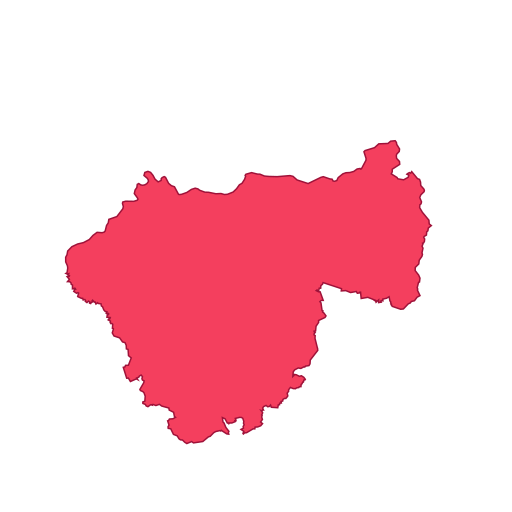 outline of Hostotipaquillo, Jalisco, Mexico, rotated 321°
{"feature_id": "50627088B68006893150413", "entity_name": "Hostotipaquillo", "entity_type": "district", "adm_level": 2, "iso_a3": "MEX", "parent_name": "Mexico", "parent_adm1": "Jalisco", "projection": "albers", "projection_center": [-104.082, 21.071], "detail": "fine", "context": "isolated", "style": "filled", "palette": "rose", "viewbox_px": 512, "rotation_deg": 321, "n_neighbors": 0, "source": "geoboundaries", "source_scale": "gbopen_adm2", "svg_char_len": 6062}
<svg xmlns="http://www.w3.org/2000/svg" viewBox="0 0 512 512"><g transform="rotate(321 256 256)"><path d="M235.2,137.9L234.6,136.5L232.4,136.0L231.1,136.2L229.8,137.6L226.6,136.8L225.9,132.7L226.7,128.5L226.7,124.7L225.3,122.2L222.2,121.1L219.6,122.9L220.4,127.2L220.2,128.9L219.3,130.4L216.7,131.1L214.3,130.7L212.4,129.7L211.2,128.2L210.5,125.9L208.8,125.6L206.5,127.8L203.6,128.6L200.7,130.9L200.4,136.4L200.0,137.6L198.7,137.9L195.4,136.6L189.2,131.4L186.4,130.2L185.3,131.1L184.0,134.1L182.2,135.5L172.7,137.8L164.7,134.9L162.0,137.3L159.1,138.2L154.6,141.6L153.2,141.9L151.1,141.1L147.4,137.6L142.3,137.4L136.8,138.3L130.3,137.0L124.9,134.4L118.8,132.9L112.8,133.6L109.9,136.1L107.3,137.2L104.4,140.8L103.3,144.9L102.1,146.9L98.6,150.1L97.3,149.9L97.9,151.1L99.2,151.8L97.9,152.2L98.7,153.8L98.2,154.2L96.2,153.2L96.3,156.7L93.4,157.3L95.1,158.8L95.3,160.7L94.6,161.6L95.1,163.1L92.7,166.0L95.0,167.0L95.1,167.6L94.9,168.3L93.7,167.5L93.5,168.3L92.1,168.8L93.1,172.0L94.6,172.4L94.8,173.2L91.9,175.3L93.7,179.1L94.7,179.9L94.0,181.4L95.6,182.1L95.6,183.3L94.8,183.8L95.3,185.8L97.5,185.7L97.9,187.2L97.0,187.9L97.6,188.9L99.0,188.4L100.1,188.9L100.6,187.6L101.2,187.5L101.5,190.3L102.0,190.5L101.4,192.6L103.5,192.6L103.5,193.6L105.5,195.7L104.4,197.4L104.8,198.9L103.8,202.1L103.9,204.1L105.0,205.5L103.5,206.2L103.7,207.1L104.8,207.2L105.2,208.0L104.6,208.6L102.9,208.6L101.6,209.8L104.0,212.1L102.9,212.8L101.8,212.3L100.9,212.6L101.9,215.0L100.8,215.9L100.7,217.3L101.5,217.6L101.7,218.9L98.9,221.8L99.5,222.6L99.0,223.2L95.9,225.3L95.3,228.8L98.5,233.8L98.2,238.8L99.7,240.9L98.9,243.8L96.8,246.6L97.8,248.1L94.2,253.2L94.9,256.7L88.1,260.6L85.8,258.9L84.3,259.7L82.8,259.0L78.6,269.6L80.0,270.6L79.4,274.5L85.7,276.2L86.3,277.6L86.5,275.7L88.7,276.4L89.6,275.9L91.8,276.2L91.8,278.3L90.1,279.6L89.7,281.0L90.5,282.5L89.1,283.8L81.8,286.6L81.5,287.8L82.7,290.1L82.9,291.7L81.7,295.2L78.2,298.9L76.2,298.2L75.3,299.4L76.6,301.7L76.3,303.4L77.2,305.1L80.6,305.3L81.5,306.6L81.7,306.1L82.6,306.6L84.1,309.2L87.6,310.5L88.3,313.3L92.6,319.3L91.6,321.1L93.6,325.6L91.6,329.4L91.9,330.7L89.0,330.2L86.1,328.2L84.6,328.8L83.6,328.5L82.0,332.6L80.1,333.4L79.3,334.7L81.0,336.6L79.6,342.7L81.6,346.2L81.1,349.6L81.6,351.3L83.1,352.8L83.4,355.8L84.2,358.2L89.2,359.7L89.8,361.9L97.9,366.7L105.3,366.6L106.9,367.3L112.0,366.7L114.3,367.1L118.1,369.0L118.5,369.8L119.3,369.6L121.3,375.8L122.7,377.3L123.3,375.9L124.6,375.2L124.7,370.2L126.1,365.6L125.9,364.2L128.2,360.4L129.5,363.0L128.6,367.8L129.7,368.6L129.5,369.2L130.2,369.0L132.2,370.6L135.5,371.6L135.9,370.8L136.5,371.5L137.1,371.1L137.7,369.2L141.7,371.1L143.0,372.2L143.6,373.8L142.4,376.9L141.0,378.1L140.6,379.7L138.7,380.4L137.9,381.9L135.2,381.3L136.2,384.6L134.2,385.7L134.2,386.4L135.8,386.3L137.5,387.4L145.0,388.5L146.3,389.6L147.6,388.4L149.7,389.9L152.8,390.9L155.6,390.4L155.1,387.9L158.1,387.1L159.1,384.7L160.6,383.6L160.4,383.0L162.5,382.1L162.7,379.4L163.2,380.3L164.2,379.7L164.9,380.4L165.5,378.3L167.2,377.8L169.8,378.5L170.2,380.5L171.6,381.3L173.5,381.0L172.7,383.2L177.4,387.6L179.7,385.7L180.7,386.4L181.7,385.3L183.2,386.2L183.9,384.8L185.5,385.5L186.7,384.4L188.6,384.7L189.5,385.5L192.1,385.0L192.7,384.7L193.9,382.2L196.2,381.7L197.1,380.5L200.0,379.8L201.5,382.5L203.2,384.0L204.5,384.0L206.5,385.2L207.4,384.8L208.7,385.8L210.3,384.2L211.2,384.3L213.0,383.4L213.5,383.8L215.2,382.5L216.1,383.1L216.7,382.9L216.8,380.3L215.9,377.6L214.0,376.8L212.6,373.7L211.1,372.0L210.4,372.7L208.8,372.8L212.0,369.5L214.3,368.8L218.4,369.6L220.1,371.6L223.5,372.3L224.0,373.0L225.1,372.7L228.2,374.5L230.1,373.8L232.7,371.0L244.6,368.2L245.6,366.7L245.0,366.3L245.6,366.6L250.1,357.0L251.9,355.1L251.5,354.0L251.9,353.2L253.9,352.6L253.5,351.8L253.8,351.0L255.2,351.7L258.4,348.4L262.9,347.0L264.0,345.5L270.9,347.2L272.7,346.6L272.9,343.0L272.5,341.5L273.5,340.8L273.0,340.0L277.0,333.3L276.9,331.7L278.8,331.6L280.3,332.8L283.3,324.2L282.1,323.2L281.0,320.8L282.1,320.8L282.7,322.6L284.9,320.8L286.0,321.7L287.8,319.8L289.9,319.8L291.4,318.9L301.9,335.2L300.3,336.8L304.0,339.4L306.5,343.9L311.6,346.7L311.3,348.7L313.3,349.9L313.7,349.4L314.5,349.9L311.0,355.2L316.9,358.5L320.8,365.4L320.2,365.2L320.6,366.4L320.2,367.5L323.7,367.3L322.0,369.4L324.3,370.7L324.6,369.6L325.3,369.4L326.4,370.7L327.4,369.3L330.9,371.0L333.8,371.4L331.8,375.2L331.8,376.6L331.0,377.3L331.0,378.6L330.4,378.7L330.2,380.9L334.9,388.4L337.2,389.9L344.3,389.0L346.3,389.6L348.1,389.1L351.0,390.5L355.2,389.4L358.5,390.0L360.0,384.0L360.9,383.5L361.3,382.1L365.7,378.8L366.7,379.1L369.5,376.4L370.4,373.2L370.5,367.5L372.6,365.1L377.5,364.6L380.2,362.0L384.7,360.7L386.4,359.5L386.9,358.1L390.7,355.0L391.2,352.9L393.2,351.8L393.5,350.9L394.4,351.3L396.0,350.7L397.8,348.9L398.0,347.2L398.9,346.6L401.6,347.0L403.9,344.6L405.4,344.6L407.5,342.7L411.4,342.7L410.8,340.1L412.9,337.0L412.8,326.7L413.6,321.4L415.6,319.3L417.1,319.3L418.7,318.1L420.0,313.6L422.6,312.2L427.1,311.8L428.2,310.9L428.6,309.5L428.4,304.9L430.4,302.1L431.3,299.4L430.2,297.5L430.1,288.4L428.3,289.0L427.7,287.7L425.4,287.3L424.7,287.4L425.7,289.3L423.8,290.6L418.7,289.7L414.8,285.3L415.0,283.7L412.8,277.3L414.9,276.3L416.5,274.3L425.4,275.2L427.0,272.8L426.7,268.6L428.2,266.3L429.4,265.4L433.1,264.9L434.9,263.2L435.6,257.8L436.6,256.1L436.7,254.0L432.9,251.5L429.4,251.6L422.0,246.1L416.3,246.4L407.1,242.7L405.5,242.9L402.9,249.5L401.7,250.8L392.8,254.6L392.0,254.3L392.0,253.5L389.3,252.0L385.2,251.8L381.5,250.2L378.3,247.9L375.2,246.8L369.2,246.8L366.3,248.2L364.1,247.4L363.1,246.2L363.5,244.2L362.0,242.7L358.2,236.7L355.9,235.7L342.1,232.5L335.8,222.8L334.9,217.4L333.0,214.9L322.3,207.6L316.1,202.3L312.9,199.2L310.5,194.8L308.7,193.3L305.0,188.4L299.6,186.1L298.3,186.5L298.1,187.5L295.4,189.2L290.9,190.7L287.9,190.2L283.2,191.5L278.5,191.9L272.7,190.1L270.1,188.3L268.1,185.4L264.0,182.4L259.2,176.6L256.5,174.3L253.6,169.5L253.1,167.3L251.4,165.0L247.7,163.6L242.2,163.1L236.9,161.2L235.1,160.0L234.6,159.3L236.2,150.9L234.5,148.1L233.8,144.6L235.2,137.9Z" fill="#f43f5e" stroke="#9f1239" stroke-width="1.5"/></g></svg>